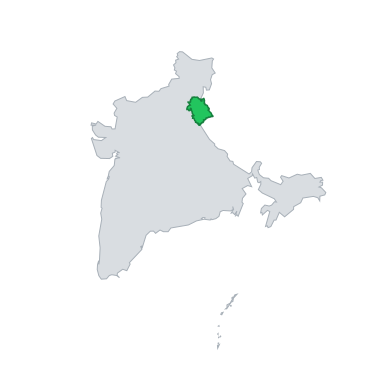 Uttarakhand highlighted on a map of India, rotated 26°
{"feature_id": "IND-3254", "entity_name": "Uttarakhand", "entity_type": "State", "adm_level": 1, "iso_a3": "IND", "parent_name": "India", "parent_adm1": "", "projection": "mercator", "projection_center": [79.21, 30.097], "detail": "fine", "context": "in_parent", "style": "filled", "palette": "green", "viewbox_px": 384, "rotation_deg": 26, "n_neighbors": 0, "source": "natural_earth", "source_scale": "10m", "svg_char_len": 7707}
<svg xmlns="http://www.w3.org/2000/svg" viewBox="0 0 384 384"><g transform="rotate(26 192 192)"><path d="M71.4,173.9L76.0,172.9L76.5,169.8L85.0,171.1L90.6,168.9L92.5,170.4L95.2,169.0L91.9,157.4L88.8,157.1L87.4,155.2L87.8,149.7L82.5,147.5L82.8,144.0L89.9,135.6L93.2,138.5L102.0,136.1L105.9,128.7L110.6,126.1L114.5,117.5L118.1,116.0L118.8,112.7L124.9,107.0L123.9,105.5L124.3,99.4L130.6,95.5L129.9,94.0L125.3,92.8L125.1,90.2L122.6,90.1L122.2,87.9L119.7,85.9L120.9,82.8L119.5,80.7L121.7,78.4L118.9,77.1L119.4,75.5L118.0,74.1L119.3,71.3L122.1,70.2L133.8,72.8L141.1,70.5L151.1,62.8L153.1,63.0L152.8,65.3L155.4,71.8L160.7,74.9L158.7,77.7L159.4,82.9L162.1,86.1L162.8,92.7L160.3,94.1L158.5,91.8L155.9,92.5L158.8,98.0L158.9,104.2L161.9,103.4L165.1,107.4L170.5,109.3L170.8,111.4L177.6,115.3L172.6,119.5L169.8,128.0L184.6,137.0L191.4,138.9L191.9,140.3L196.5,141.7L203.1,140.5L207.4,142.3L208.0,144.7L212.6,147.4L215.3,146.6L217.2,148.8L235.4,150.8L236.7,147.7L235.3,143.9L236.6,136.3L240.2,134.9L242.0,135.7L241.6,140.3L242.8,142.2L241.5,143.5L244.9,146.8L250.0,147.9L254.8,146.1L258.1,147.2L268.5,146.5L269.2,142.4L265.1,139.9L265.4,138.0L273.0,136.9L278.8,129.9L283.0,128.9L290.2,123.4L296.5,126.0L301.8,122.2L304.5,124.0L302.6,125.6L302.7,127.1L305.1,125.9L306.3,128.6L303.9,131.9L306.5,131.5L312.5,133.8L312.6,136.4L308.8,139.7L310.7,144.0L307.6,142.0L303.1,142.7L294.3,148.8L294.4,154.0L289.8,160.6L290.9,163.1L286.1,173.7L279.4,172.0L279.8,180.4L278.1,181.3L278.0,188.5L276.0,190.7L274.4,189.4L273.2,190.8L270.5,175.5L267.9,175.4L265.3,181.8L263.8,179.8L262.8,180.7L261.6,176.4L263.2,171.8L267.5,170.8L269.3,168.9L270.4,164.6L272.3,164.0L268.9,162.0L255.6,162.1L250.6,160.8L250.5,154.9L249.2,152.4L248.2,154.3L246.7,154.3L243.8,150.6L242.3,152.0L238.5,149.2L239.0,151.0L236.1,155.4L243.3,161.1L239.2,161.8L235.6,166.9L241.4,170.1L240.1,175.5L241.4,179.3L243.1,179.9L244.1,193.6L242.5,192.8L241.6,194.3L240.7,189.5L240.2,193.6L237.8,192.7L236.4,193.8L237.0,189.3L234.9,187.2L236.7,189.5L235.0,192.1L228.0,195.0L226.0,197.4L226.9,202.1L225.1,205.5L222.0,208.2L220.9,207.8L220.7,209.2L215.4,211.0L214.8,209.3L212.7,210.4L212.1,211.8L214.3,211.6L208.7,216.0L203.2,223.2L188.8,233.6L187.9,238.2L183.8,240.2L179.9,240.2L177.4,245.1L174.6,244.0L171.7,245.5L169.7,251.0L171.8,264.6L170.6,262.6L169.8,263.5L172.1,265.6L166.7,283.0L168.0,283.9L167.9,291.3L163.6,291.8L160.5,297.6L161.2,299.6L164.4,300.8L160.8,300.1L156.2,301.5L154.3,303.3L153.2,307.5L148.7,310.1L145.0,308.1L140.8,303.2L138.9,298.6L138.2,294.6L140.0,297.9L139.1,294.7L133.9,282.5L127.5,272.4L122.8,256.0L119.2,251.0L118.3,246.0L117.0,245.6L114.2,239.1L110.4,220.2L111.4,216.9L111.2,215.7L110.0,217.3L109.8,216.4L109.8,214.4L111.3,214.6L109.6,213.9L108.6,209.8L110.5,202.3L108.3,196.2L109.2,195.3L108.2,195.4L112.3,192.8L107.6,193.3L108.9,190.8L107.4,190.8L107.7,189.1L109.8,188.5L104.6,188.2L105.4,189.8L103.4,192.1L105.2,194.7L103.2,198.1L95.1,201.8L90.6,200.9L78.1,188.0L78.7,186.7L80.6,188.0L88.1,185.5L90.6,180.8L83.8,183.8L80.3,183.0L75.3,179.9L73.5,176.5L76.5,173.9L72.0,176.2L71.4,173.9ZM274.5,281.1L272.9,278.2L275.0,275.2L275.6,265.6L277.3,264.1L275.8,269.2L276.7,272.6L275.6,273.5L274.5,281.1ZM283.5,317.1L283.6,321.2L282.2,318.9L283.5,317.1ZM272.6,289.3L271.5,289.4L271.4,287.7L272.7,286.5L272.6,289.3ZM279.8,310.6L279.8,311.8L279.5,310.7L279.8,310.6ZM281.1,309.0L280.7,310.5L280.8,308.9L281.1,309.0ZM282.5,315.7L282.0,316.9L281.7,316.4L282.5,315.7ZM275.2,300.9L274.4,301.0L274.8,300.3L275.2,300.9ZM274.2,281.7L273.4,282.3L273.8,281.3L274.2,281.7ZM276.9,276.8L277.3,278.0L276.4,277.1L276.9,276.8ZM277.9,308.7L277.3,308.4L277.5,307.8L277.9,308.7ZM274.5,269.1L274.1,270.4L274.4,269.0L274.5,269.1Z" fill="#d9dde1" stroke="#a8b0b8" stroke-width="1"/><path d="M171.1,111.5L171.4,111.5L172.0,111.7L172.8,112.1L173.2,112.3L173.5,112.5L173.8,112.5L173.9,112.4L174.0,112.4L174.2,112.5L175.0,113.0L175.3,113.3L175.5,113.6L175.7,113.8L176.4,114.1L177.1,114.3L177.3,114.5L177.5,114.7L177.6,114.9L177.5,115.0L177.4,115.0L176.9,115.2L176.7,115.2L176.6,114.9L176.4,115.0L176.2,115.3L176.3,115.5L176.1,115.8L175.6,116.2L175.5,116.3L175.3,116.7L175.2,116.8L174.9,117.0L174.7,117.2L174.4,117.3L174.1,117.3L173.9,117.6L173.8,117.9L173.6,118.2L173.2,118.7L173.0,118.9L172.5,119.0L172.3,119.2L172.2,119.5L172.3,119.9L172.4,120.2L172.5,120.4L172.4,120.7L172.3,120.9L172.2,121.1L171.9,121.3L172.0,121.3L171.9,121.5L171.7,121.7L171.6,121.8L171.4,122.0L171.2,122.2L171.1,122.3L171.1,122.6L171.3,122.9L171.3,123.3L171.5,123.4L171.6,123.5L171.6,123.9L171.4,124.5L171.2,124.4L171.0,124.5L171.2,124.9L171.2,125.1L170.9,125.2L170.6,125.2L170.4,125.3L170.2,125.7L170.1,126.1L170.2,126.4L170.1,126.6L169.8,126.8L169.7,126.9L169.6,127.0L169.5,127.4L169.5,127.5L169.6,127.9L169.7,128.1L169.9,128.1L169.8,128.3L169.7,128.5L169.4,128.8L169.2,128.9L168.9,128.9L168.7,128.8L168.7,128.7L168.7,128.4L168.6,128.5L168.4,128.5L168.4,128.4L168.4,128.2L168.2,128.1L167.9,128.2L167.9,127.9L167.9,127.7L167.7,127.6L167.3,127.5L167.1,127.5L166.8,127.8L166.2,127.7L166.1,127.8L165.9,127.8L165.8,127.7L165.7,127.6L165.3,127.5L164.7,127.8L164.6,127.6L164.4,127.1L164.3,126.9L164.2,126.8L164.1,126.7L163.9,126.7L163.6,126.7L163.4,126.7L162.4,125.9L162.2,125.7L162.1,125.4L161.5,125.0L161.4,124.9L161.1,125.0L160.6,125.2L160.3,125.4L160.2,124.9L160.2,124.7L159.9,124.4L158.7,123.7L158.7,123.4L158.8,123.4L159.0,123.3L159.3,123.4L159.4,123.2L159.5,123.1L159.8,123.1L160.2,122.7L160.3,122.6L160.3,122.4L160.2,122.3L159.6,122.2L159.4,122.1L158.0,121.3L157.6,120.9L157.3,120.5L157.2,120.2L157.0,119.9L156.7,119.5L155.9,119.2L155.7,119.0L155.6,118.9L155.4,118.4L155.1,117.9L154.6,117.4L154.3,117.3L154.2,117.3L154.0,117.5L154.0,117.8L154.1,118.1L154.3,118.9L154.4,119.3L154.3,119.7L154.0,120.0L153.6,120.2L153.4,120.1L153.1,119.9L152.6,119.6L152.3,119.5L152.1,119.7L151.3,120.1L150.9,119.4L150.9,119.1L150.8,118.6L150.7,118.2L150.6,117.7L150.6,117.3L150.6,117.1L151.0,116.5L151.4,115.6L151.6,115.3L152.1,115.0L152.2,114.8L152.3,114.7L152.1,114.6L151.2,114.1L150.7,113.8L149.9,113.1L149.7,113.1L149.3,113.2L149.2,113.0L149.1,112.9L149.4,112.7L149.6,112.7L149.8,112.7L150.0,112.6L150.8,112.1L151.0,112.0L151.2,111.9L151.2,111.7L150.9,111.6L150.6,111.1L150.8,111.0L150.8,110.9L150.8,110.6L150.7,110.5L150.6,110.3L150.6,110.2L150.5,109.8L150.3,109.6L150.3,109.3L150.5,108.9L150.6,108.6L150.7,108.4L150.8,108.5L151.0,108.5L151.0,108.3L151.0,108.1L150.9,107.9L150.7,107.6L150.7,107.4L150.8,107.5L151.0,107.4L151.1,107.2L151.1,106.9L151.6,106.3L151.9,106.0L152.1,105.7L152.3,105.6L152.8,105.7L153.0,105.7L153.3,105.5L153.7,105.2L154.3,104.9L154.7,104.8L155.1,104.5L155.3,104.4L155.6,104.5L155.8,104.5L156.0,104.6L156.3,104.7L156.4,104.8L156.6,105.1L156.8,105.1L157.0,105.2L157.5,105.1L157.9,105.1L158.0,105.2L158.4,105.2L158.7,105.2L159.0,105.3L159.3,105.3L159.5,105.7L159.6,105.9L159.7,106.0L159.9,106.1L160.4,106.2L160.6,106.1L160.9,106.0L161.0,105.9L160.9,105.7L160.7,105.3L160.5,105.0L160.2,104.7L160.3,104.7L160.5,104.4L160.7,104.2L160.9,104.0L161.1,103.6L161.4,103.2L161.6,102.8L162.1,103.1L162.3,103.3L162.5,103.5L162.7,103.9L163.0,104.1L163.0,104.3L163.2,104.6L163.0,104.8L163.3,105.0L163.5,105.3L163.5,105.5L163.6,105.9L164.0,106.2L164.1,106.4L164.2,106.5L164.3,106.9L164.3,107.1L164.6,107.1L164.8,107.1L165.0,107.2L165.0,107.3L165.1,107.5L165.4,107.7L165.5,107.8L165.8,107.9L166.2,107.7L166.4,107.6L166.7,107.6L167.1,107.5L167.3,107.5L167.9,107.7L168.0,107.7L168.1,107.9L168.3,108.1L168.5,108.4L168.7,108.5L169.3,108.8L169.5,108.9L169.6,109.2L169.8,109.4L170.0,109.5L170.2,109.4L170.4,109.3L170.6,109.3L170.9,109.7L171.1,109.9L171.0,110.3L170.9,110.4L170.7,110.4L170.6,110.6L170.8,110.8L170.9,111.1L170.8,111.4L170.8,111.5L171.1,111.5Z" fill="#22c55e" stroke="#15803d" stroke-width="1.5"/></g></svg>